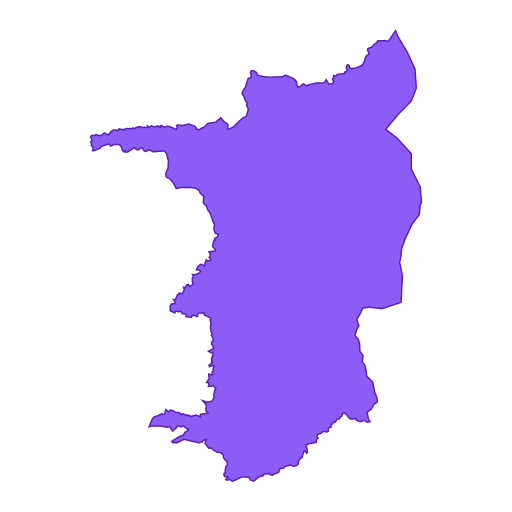 Pano Panagia, Paphos, Cyprus
{"feature_id": "46923920B33714587896947", "entity_name": "Pano Panagia", "entity_type": "district", "adm_level": 2, "iso_a3": "CYP", "parent_name": "Cyprus", "parent_adm1": "Paphos", "projection": "orthographic", "projection_center": [32.621, 34.95], "detail": "fine", "context": "isolated", "style": "filled", "palette": "violet", "viewbox_px": 512, "rotation_deg": 0, "n_neighbors": 0, "source": "geoboundaries", "source_scale": "gbopen_adm2", "svg_char_len": 6049}
<svg xmlns="http://www.w3.org/2000/svg" viewBox="0 0 512 512"><path d="M395.6,30.7L388.2,41.5L385.6,40.6L377.5,40.9L376.9,42.7L374.8,43.9L371.8,47.0L367.8,48.7L367.4,50.2L368.3,51.3L368.8,54.6L366.5,55.5L364.9,59.0L364.9,60.4L362.5,64.9L355.9,68.1L351.0,68.6L349.7,67.7L349.0,65.3L347.8,64.7L347.2,65.0L346.3,68.1L347.4,70.2L346.5,71.5L344.7,72.1L344.4,73.6L337.3,74.4L335.6,76.1L333.8,75.7L332.5,79.7L334.0,82.1L332.2,83.8L328.9,84.0L326.2,79.8L324.7,82.4L322.4,83.2L316.8,82.9L306.7,85.4L304.8,85.3L303.8,83.9L303.0,84.0L300.3,86.5L297.5,87.1L297.3,85.4L296.3,84.5L296.8,82.4L294.7,79.3L285.9,75.1L282.1,76.8L268.9,77.2L263.6,76.7L258.0,75.5L256.4,72.5L253.6,70.7L251.2,70.8L250.4,72.4L251.2,75.2L250.9,77.7L248.2,78.4L245.5,87.0L242.8,91.1L242.1,93.8L243.9,96.5L245.6,101.2L247.5,102.9L246.5,104.9L248.4,109.4L246.2,116.4L242.9,118.0L238.6,121.7L238.0,122.9L236.7,123.4L233.6,126.9L228.2,129.4L227.5,128.9L228.0,124.5L223.8,121.4L220.6,117.7L218.9,119.9L217.8,120.0L216.0,122.2L207.7,123.5L203.6,127.6L201.9,127.9L199.0,129.8L196.7,128.9L194.9,126.3L188.8,124.0L182.3,125.5L177.9,124.9L176.6,125.6L177.3,127.1L176.2,129.5L169.9,126.5L166.7,126.2L165.6,127.2L162.9,126.8L161.6,125.5L160.4,125.7L160.3,127.4L159.4,127.6L158.3,126.0L157.0,126.0L155.1,127.1L151.2,125.8L149.3,127.4L147.8,126.2L147.9,126.7L145.8,127.7L145.1,127.2L142.8,127.5L139.8,126.7L138.9,127.5L138.1,126.6L134.4,128.5L132.9,127.9L132.3,128.6L126.1,128.5L125.1,129.4L123.0,129.3L122.5,129.9L119.1,128.8L118.5,130.4L113.6,129.9L111.3,131.3L108.3,135.0L104.3,132.9L101.5,135.3L98.7,135.6L96.6,134.6L93.0,135.7L91.9,135.2L90.5,136.9L91.8,139.4L91.6,141.1L90.7,141.6L91.5,142.8L91.3,145.8L92.3,146.3L93.3,148.5L92.7,150.5L93.5,150.2L93.8,150.8L100.4,148.0L101.0,146.5L109.0,143.9L110.6,146.1L114.7,144.4L119.7,144.6L121.7,147.9L122.8,151.0L125.0,150.7L124.3,151.9L127.7,152.0L134.3,147.7L136.4,149.5L138.2,150.0L140.4,148.1L141.8,147.9L142.6,148.2L144.1,150.8L145.4,151.4L146.7,151.3L147.6,150.1L150.2,150.2L153.2,151.8L164.0,150.9L166.3,153.1L168.4,160.7L168.1,167.9L165.8,173.6L166.1,176.9L170.0,178.9L173.6,183.5L176.3,188.7L180.6,187.5L190.5,187.5L195.2,188.1L199.0,190.3L200.4,193.4L203.7,196.4L203.3,203.0L206.6,206.4L207.4,209.2L210.2,213.3L213.6,223.1L214.0,223.2L214.4,224.6L213.9,229.8L214.5,231.2L215.5,233.4L218.4,234.3L217.6,236.9L214.7,238.4L215.2,240.3L214.1,240.3L213.7,241.1L212.6,245.8L212.7,246.7L215.2,249.5L215.5,251.0L209.0,251.8L210.5,254.6L209.2,257.5L211.0,259.6L209.9,260.6L207.7,260.7L206.2,259.9L204.4,265.9L201.9,264.5L200.4,264.4L197.5,267.0L196.4,269.8L199.9,270.3L200.7,271.4L198.4,273.5L195.6,274.6L192.5,274.5L193.5,276.3L192.4,278.0L192.3,281.5L193.0,284.6L189.2,286.4L188.5,284.6L186.9,284.6L185.2,287.7L183.5,287.2L184.3,290.1L182.0,293.8L179.2,293.0L179.0,294.1L177.4,294.8L175.5,299.6L173.5,299.4L175.3,302.8L174.2,303.8L171.6,303.9L170.1,305.9L170.3,310.9L174.9,312.9L175.4,311.3L177.3,311.2L178.1,311.8L181.0,311.2L182.1,313.7L185.8,314.1L186.0,316.7L191.3,317.3L192.2,315.6L195.2,315.4L196.7,316.7L197.4,316.3L198.0,313.9L198.9,313.1L202.4,313.0L204.2,313.1L204.4,315.0L210.6,318.0L211.0,320.2L210.2,320.1L210.9,322.9L210.5,327.7L210.8,331.3L212.4,333.6L211.3,335.3L213.0,338.2L213.1,340.8L211.6,342.3L211.5,344.1L213.0,346.1L213.6,348.6L208.5,351.2L210.8,352.6L212.5,352.7L212.8,356.1L211.5,358.1L211.8,361.4L212.5,362.0L212.2,363.1L211.3,362.8L210.9,364.2L209.0,365.1L209.4,366.7L213.4,365.5L214.2,366.1L213.2,368.7L213.2,370.3L212.0,372.5L212.7,374.4L211.9,374.9L208.8,374.0L208.7,376.3L209.6,377.8L206.6,382.5L208.6,382.8L208.9,384.7L208.4,386.4L213.3,385.7L215.8,388.7L214.7,390.5L214.0,393.6L214.0,398.0L212.2,401.0L207.8,402.3L202.6,400.7L205.7,404.1L206.4,406.4L205.8,409.5L206.1,411.0L208.0,413.1L200.3,414.4L200.4,416.7L195.8,415.0L191.3,416.4L188.0,415.0L187.7,415.7L183.0,413.8L181.4,414.7L180.7,413.6L178.9,412.6L175.5,412.4L173.2,410.7L170.3,410.0L168.8,411.9L165.9,409.6L164.5,413.8L163.0,414.5L161.7,413.7L157.5,415.9L154.2,416.8L152.3,419.0L149.1,426.8L151.5,426.1L160.4,426.0L167.4,427.2L170.3,426.8L171.0,428.8L172.7,431.0L176.7,427.6L177.1,426.3L179.0,425.9L181.6,427.1L182.2,426.0L183.4,425.8L187.0,428.9L188.2,428.9L187.5,431.1L184.9,432.2L182.8,435.9L180.2,436.0L171.7,441.4L172.2,442.1L173.2,442.9L174.7,442.4L176.5,443.0L184.1,439.3L199.3,442.9L202.2,441.8L203.3,440.4L206.2,439.6L205.0,443.3L208.7,448.2L211.3,448.1L214.2,450.6L217.5,452.3L220.7,452.6L223.3,455.0L223.4,457.5L224.5,459.2L225.6,460.5L227.0,461.0L227.4,464.8L226.1,466.2L225.2,470.1L225.3,472.6L223.9,473.7L224.4,476.4L227.9,477.1L225.9,479.5L227.2,480.3L229.3,479.3L232.5,481.3L242.1,476.8L249.0,477.3L250.4,479.9L253.5,481.1L254.9,480.4L256.9,478.2L261.0,476.0L263.1,475.9L263.6,474.7L265.6,473.8L267.8,473.9L268.7,473.1L269.6,474.3L272.2,475.4L274.4,473.9L278.5,472.4L280.2,468.3L283.8,468.0L285.5,466.2L291.3,465.0L293.3,466.4L297.0,465.3L298.4,463.6L298.5,460.9L299.8,459.1L302.0,457.6L303.7,451.7L305.4,451.2L306.6,453.3L307.4,452.2L306.8,447.4L305.7,446.6L306.1,445.2L308.5,443.9L316.1,442.4L316.6,439.3L318.1,438.2L316.9,436.4L317.6,434.4L320.7,433.5L322.1,432.0L324.5,431.5L326.8,432.0L328.4,431.2L328.3,429.6L329.0,427.6L331.0,427.2L331.0,425.5L333.6,422.5L335.2,421.9L337.5,418.8L339.1,419.1L340.3,417.6L340.5,416.4L341.8,416.2L342.4,414.0L344.2,412.7L347.5,415.4L348.0,417.0L349.7,418.0L349.9,418.9L352.9,419.1L355.5,418.4L356.1,419.9L359.0,421.5L360.9,421.6L363.7,420.5L365.5,420.9L367.2,422.2L370.1,421.6L368.7,419.7L367.0,412.3L371.3,409.0L374.0,404.3L377.4,401.9L376.7,396.9L374.7,392.5L372.7,382.1L366.6,376.0L366.3,371.7L365.0,365.6L362.3,361.9L363.0,355.5L359.9,351.5L359.6,343.8L358.3,339.4L354.9,335.4L356.9,329.3L358.9,325.6L357.6,322.9L356.9,319.2L360.3,313.5L362.6,308.2L369.3,307.1L382.0,308.7L401.1,302.3L402.4,275.4L399.6,262.4L401.2,254.6L401.5,249.1L404.9,239.5L411.9,224.3L419.3,214.5L420.0,207.3L419.6,206.8L421.5,202.3L420.2,187.0L411.3,169.0L411.3,153.7L397.2,138.3L385.7,129.3L398.5,114.0L411.2,101.1L416.3,88.3L415.0,69.1L407.4,52.5L397.5,35.9L395.6,30.7Z" fill="#8b5cf6" stroke="#5b21b6" stroke-width="1.5"/></svg>